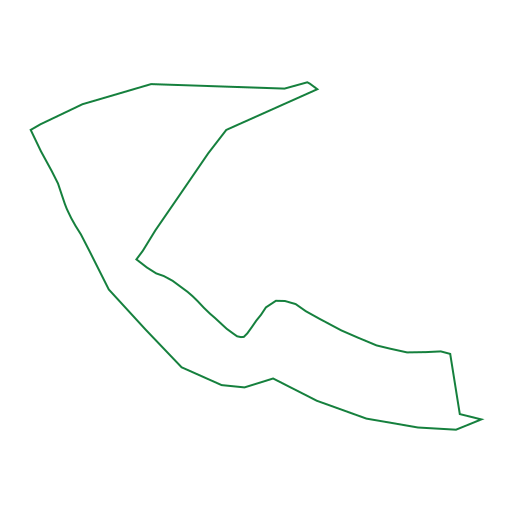 the district of Marisule/Top Of The World, Gros Islet, Saint Lucia
{"feature_id": "8701671B2050901299754", "entity_name": "Marisule/Top Of The World", "entity_type": "district", "adm_level": 2, "iso_a3": "LCA", "parent_name": "Saint Lucia", "parent_adm1": "Gros Islet", "projection": "natural_earth1", "projection_center": [-60.968, 14.044], "detail": "fine", "context": "isolated", "style": "outline", "palette": "green", "viewbox_px": 512, "rotation_deg": 0, "n_neighbors": 0, "source": "geoboundaries", "source_scale": "gbopen_adm2", "svg_char_len": 994}
<svg xmlns="http://www.w3.org/2000/svg" viewBox="0 0 512 512"><path d="M307.3,82.3L284.5,88.6L151.1,84.1L82.5,104.2L40.6,124.2L30.7,129.9L40.9,151.2L51.8,171.2L58.0,183.5L61.6,194.3L64.8,203.8L66.7,208.7L68.4,212.3L71.3,218.3L75.5,225.8L80.9,234.4L89.6,251.3L99.5,271.0L108.8,289.5L145.4,329.4L181.6,367.3L221.6,385.1L244.5,387.4L273.1,378.5L316.9,400.8L366.4,418.6L417.9,427.5L456.0,429.7L481.3,419.4L459.8,414.1L450.2,353.9L440.8,351.4L426.3,352.1L407.0,352.4L389.8,348.6L376.5,345.4L358.3,337.8L341.3,330.4L319.3,318.7L305.8,311.2L295.7,304.1L284.9,301.0L275.9,300.8L265.9,307.4L261.0,314.8L256.3,320.6L251.9,327.0L247.3,333.4L243.8,336.9L240.9,337.1L237.1,336.3L233.4,333.7L226.7,328.8L221.8,324.3L214.9,317.9L210.0,313.7L203.9,307.8L197.5,301.0L192.7,296.3L187.5,291.8L180.3,286.5L172.6,280.8L163.7,276.0L156.2,273.4L146.9,267.5L136.4,259.4L142.8,250.8L155.4,230.3L179.2,195.7L208.3,153.2L226.3,129.9L317.3,89.2L309.9,83.7L307.3,82.3Z" fill="none" stroke="#15803d" stroke-width="2"/></svg>